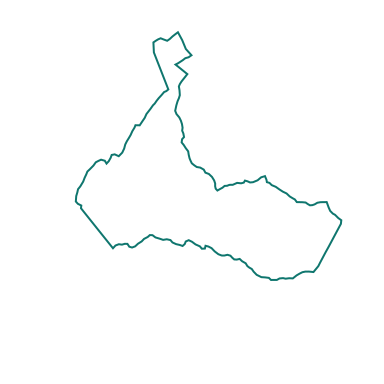 the district of Senador Sá, Ceará, Brazil, rotated 140°
{"feature_id": "56859067B49551412752455", "entity_name": "Senador Sá", "entity_type": "district", "adm_level": 2, "iso_a3": "BRA", "parent_name": "Brazil", "parent_adm1": "Ceará", "projection": "mercator", "projection_center": [-40.474, -3.28], "detail": "fine", "context": "isolated", "style": "outline", "palette": "teal", "viewbox_px": 384, "rotation_deg": 140, "n_neighbors": 0, "source": "geoboundaries", "source_scale": "gbopen_adm2", "svg_char_len": 2831}
<svg xmlns="http://www.w3.org/2000/svg" viewBox="0 0 384 384"><g transform="rotate(140 192 192)"><path d="M95.8,74.4L96.7,78.1L97.1,82.6L98.0,84.9L98.3,88.7L97.3,92.2L95.3,97.7L97.9,99.8L100.1,101.6L102.9,103.2L106.0,103.7L108.3,104.6L110.2,106.0L111.1,108.5L111.7,110.9L114.1,113.3L118.2,116.9L118.0,120.2L118.9,122.5L120.0,125.8L120.5,130.1L122.2,133.9L123.4,137.8L124.5,142.1L126.5,146.0L126.8,149.2L128.3,151.4L127.1,153.5L125.9,157.3L129.6,158.8L134.2,158.8L139.0,160.3L141.4,162.0L142.6,164.5L144.1,166.7L146.3,165.9L148.8,167.1L151.6,170.0L156.1,171.3L158.7,173.4L161.1,174.2L163.1,175.7L165.9,175.7L168.3,176.2L171.6,176.8L171.7,179.3L170.6,181.5L168.8,183.6L167.6,186.6L167.0,190.7L167.5,195.0L169.3,198.2L168.6,201.6L170.0,205.4L172.3,208.1L173.1,211.0L173.7,214.1L173.0,216.9L172.2,219.4L170.6,222.6L168.8,225.6L168.6,229.6L168.1,233.4L168.1,236.6L165.7,238.8L162.8,239.2L161.0,242.4L160.1,245.3L157.9,247.3L156.0,250.5L154.7,253.7L153.8,257.3L153.8,261.6L152.7,265.0L148.2,268.5L144.7,270.8L141.7,272.3L139.1,274.0L136.3,277.8L134.2,281.3L131.9,282.5L129.0,283.4L119.8,285.3L122.7,300.2L120.0,299.6L116.8,299.2L114.2,298.9L111.1,298.8L108.0,297.4L104.5,297.1L104.8,305.5L101.9,314.6L100.1,323.4L103.6,323.6L107.0,323.7L110.7,323.5L113.8,323.8L115.8,327.3L117.2,329.9L119.8,330.7L122.3,331.1L125.4,331.4L131.5,323.4L144.2,285.8L146.8,285.8L149.1,286.5L153.2,285.8L157.1,285.3L160.5,284.6L163.7,283.7L166.2,283.5L170.3,282.4L176.8,281.0L180.5,279.2L184.4,278.1L189.2,276.7L192.4,279.5L194.6,278.3L198.7,276.9L202.4,275.1L205.5,274.0L209.4,272.7L212.6,271.3L216.0,268.9L220.1,267.0L225.1,266.5L227.0,270.5L229.7,272.0L232.3,270.5L236.0,269.1L239.2,268.7L238.7,272.0L240.9,275.2L243.8,276.0L246.6,276.6L250.5,275.6L255.7,275.1L259.0,274.9L261.6,273.5L265.1,271.9L268.7,269.9L274.0,268.1L277.5,267.4L280.1,265.4L283.3,263.3L287.1,259.4L287.0,256.3L285.5,252.8L287.5,250.9L288.2,222.2L288.7,199.7L285.0,200.2L281.6,199.0L279.5,196.7L276.8,195.5L274.8,193.8L275.2,190.4L273.6,188.0L270.5,186.9L266.6,187.1L262.3,186.5L258.9,186.9L254.8,186.0L252.0,186.1L250.0,184.3L249.2,180.7L246.7,176.9L244.9,173.9L241.7,172.0L239.4,169.0L239.4,165.9L237.7,162.3L235.5,159.4L233.9,156.7L231.0,156.8L228.6,158.1L225.5,157.2L224.0,153.9L223.0,149.6L220.9,145.3L220.9,142.2L218.5,140.4L216.2,142.1L214.5,139.7L213.1,136.4L212.8,131.9L211.8,127.4L210.1,124.3L208.0,122.5L205.2,121.1L203.5,118.5L203.4,115.8L203.0,113.2L201.2,111.5L198.5,110.1L198.1,106.7L196.7,102.9L197.2,99.7L196.7,97.3L195.7,94.6L196.0,91.3L195.7,87.0L193.6,82.2L190.9,79.6L188.3,76.8L188.0,73.8L185.9,72.1L183.5,70.1L180.5,69.5L177.6,67.5L176.0,65.4L173.0,63.5L170.3,61.0L165.5,60.9L162.0,60.3L159.0,59.6L156.4,58.2L153.7,56.0L150.4,52.6L142.9,54.0L139.4,55.5L128.3,60.0L122.8,62.1L102.4,70.3L98.4,71.9L95.8,74.4Z" fill="none" stroke="#0f766e" stroke-width="2"/></g></svg>